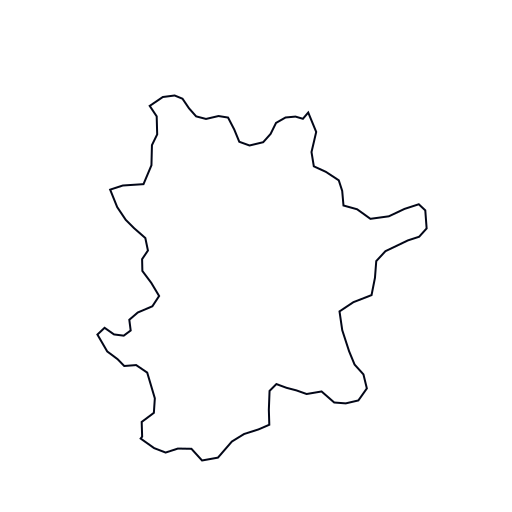 the district of Buyeo-gun, South Chungcheong, South Korea, rotated 252°
{"feature_id": "91817680B35509676151777", "entity_name": "Buyeo-gun", "entity_type": "district", "adm_level": 2, "iso_a3": "KOR", "parent_name": "South Korea", "parent_adm1": "South Chungcheong", "projection": "robinson", "projection_center": [126.867, 36.225], "detail": "fine", "context": "isolated", "style": "outline", "palette": "ink", "viewbox_px": 512, "rotation_deg": 252, "n_neighbors": 0, "source": "geoboundaries", "source_scale": "gbopen_adm2", "svg_char_len": 1378}
<svg xmlns="http://www.w3.org/2000/svg" viewBox="0 0 512 512"><g transform="rotate(252 256 256)"><path d="M364.2,137.8L345.4,139.1L330.6,143.3L320.0,148.7L307.3,156.3L294.6,154.9L288.2,146.7L276.9,143.3L262.8,148.1L247.9,151.5L240.2,141.9L238.8,126.1L234.5,115.8L223.9,113.8L221.1,105.6L225.3,96.7L234.5,89.8L230.3,80.9L211.2,85.0L200.6,92.5L192.1,96.7L189.3,108.3L178.7,116.5L151.9,115.8L138.4,110.4L133.5,96.0L119.4,91.9L118.0,89.9L104.8,99.7L97.0,109.3L97.0,122.2L92.6,135.0L78.2,141.5L76.0,157.5L87.0,175.7L90.4,189.7L90.3,204.7L91.4,216.5L105.8,220.7L123.5,227.2L127.9,235.8L121.2,244.3L115.7,252.9L109.1,261.5L106.9,276.5L92.5,285.1L88.1,295.8L87.0,308.7L90.7,313.7L95.8,320.5L110.2,321.6L122.3,316.2L136.7,315.1L158.8,315.1L177.5,318.3L182.0,334.4L183.1,353.8L198.5,362.4L214.0,368.8L220.6,380.6L223.9,405.3L223.9,417.1L229.5,426.8L247.1,431.1L254.9,426.8L254.9,411.8L252.7,394.6L256.0,376.3L269.2,366.6L277.0,354.8L291.3,358.1L302.4,358.1L314.5,348.4L323.4,338.7L337.7,340.9L346.6,346.3L355.4,351.6L376.3,350.0L372.0,343.0L376.4,336.6L378.6,326.9L376.4,316.2L367.6,307.6L362.0,298.0L363.1,284.0L369.8,275.4L383.0,274.4L396.3,272.2L400.7,263.6L401.8,250.8L407.3,242.2L417.2,237.9L428.3,234.7L433.8,228.2L436.0,216.5L431.6,201.3L419.5,204.7L402.2,199.6L393.6,191.3L374.6,184.6L359.1,171.2L364.2,151.1L364.2,137.8Z" fill="none" stroke="#020617" stroke-width="2"/></g></svg>